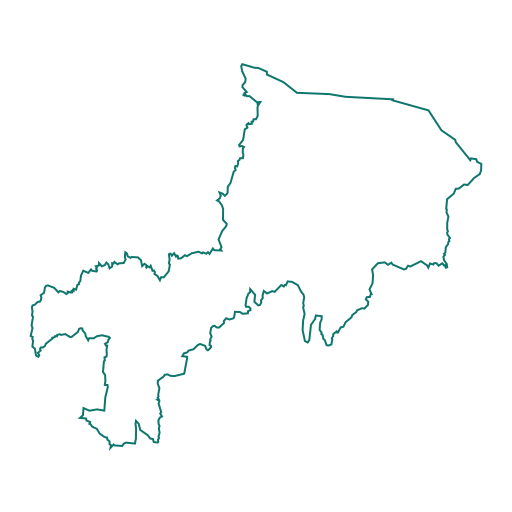 outline of Teúl de González Ortega, Zacatecas, Mexico
{"feature_id": "50627088B73152877685889", "entity_name": "Teúl de González Ortega", "entity_type": "district", "adm_level": 2, "iso_a3": "MEX", "parent_name": "Mexico", "parent_adm1": "Zacatecas", "projection": "equal_earth", "projection_center": [-103.508, 21.35], "detail": "fine", "context": "isolated", "style": "outline", "palette": "teal", "viewbox_px": 512, "rotation_deg": 0, "n_neighbors": 0, "source": "geoboundaries", "source_scale": "gbopen_adm2", "svg_char_len": 6006}
<svg xmlns="http://www.w3.org/2000/svg" viewBox="0 0 512 512"><path d="M114.5,445.4L122.1,446.0L123.8,443.7L126.1,442.6L134.9,443.6L135.9,438.9L136.1,428.7L135.5,424.0L136.0,420.9L138.7,423.8L140.3,430.0L147.6,435.1L150.3,438.6L152.9,439.0L153.8,442.1L157.7,442.5L158.3,441.7L157.9,439.8L159.1,438.1L158.5,436.5L159.6,432.8L158.9,428.6L159.5,425.9L158.6,423.9L158.4,420.3L159.8,417.7L162.0,416.4L160.2,413.6L161.2,412.2L158.6,403.5L159.4,401.0L157.4,399.7L158.7,399.2L157.6,397.7L158.5,396.5L158.2,394.8L159.4,388.2L157.8,383.8L157.8,380.7L163.6,376.6L164.7,374.8L167.6,374.4L170.4,375.8L174.4,376.1L184.2,373.7L187.2,357.8L187.1,356.8L182.3,356.2L184.0,353.3L187.1,352.5L188.6,350.6L193.4,349.3L197.7,345.1L200.1,344.0L205.2,345.9L206.5,349.3L207.8,350.3L208.7,349.8L211.1,347.1L210.9,345.7L209.6,345.2L209.9,341.4L210.6,340.7L210.2,339.4L211.6,336.5L210.2,333.1L211.1,328.0L212.7,326.3L214.5,325.8L216.7,327.4L219.0,327.6L224.0,323.0L223.8,321.1L226.1,318.3L229.4,319.5L233.2,318.4L234.1,317.3L235.0,311.8L239.9,312.0L242.8,313.8L247.9,313.3L248.1,311.1L250.4,310.2L250.4,308.4L248.8,306.8L245.9,306.7L245.6,305.1L246.5,298.5L248.4,293.6L250.0,292.4L250.2,289.1L255.1,294.8L254.4,301.8L258.3,305.4L259.9,305.0L261.3,302.5L261.0,300.3L262.8,298.0L262.5,295.8L263.8,291.0L267.1,293.5L272.2,291.1L274.6,291.9L281.3,285.0L283.8,286.5L284.6,285.0L285.9,285.3L287.7,281.4L292.1,281.9L297.9,285.2L301.1,291.7L303.5,294.6L304.2,297.2L303.2,303.1L303.8,305.9L303.1,307.4L304.6,313.8L303.1,320.7L302.6,330.1L304.9,341.0L307.7,342.5L309.3,340.0L311.0,324.8L314.9,319.3L315.9,315.5L321.7,316.2L321.6,319.6L320.2,322.5L319.6,329.9L321.5,332.4L321.4,334.2L322.5,334.6L323.3,338.8L324.8,340.1L326.6,345.2L328.7,345.5L331.4,344.4L332.3,339.3L331.8,338.4L333.2,336.0L333.2,334.2L336.6,331.4L337.2,332.6L338.0,332.5L340.6,327.4L343.4,326.7L345.7,322.1L351.2,317.6L352.5,314.8L356.3,312.1L357.0,310.4L361.9,308.2L364.3,308.6L368.0,304.9L368.2,301.7L365.8,299.2L366.9,297.1L370.0,296.9L370.7,294.2L371.5,294.1L369.5,289.4L372.5,283.4L373.1,275.3L372.1,269.4L377.9,263.2L384.8,262.4L388.0,264.8L391.3,262.7L392.7,264.6L403.9,269.4L405.9,268.9L408.1,265.7L410.3,266.5L421.0,261.2L427.0,265.3L428.3,267.6L430.0,263.5L433.4,264.5L434.1,263.2L435.4,263.1L436.7,263.4L438.6,265.7L442.3,263.3L444.0,265.5L445.0,265.2L445.8,267.7L447.2,267.3L446.7,263.9L444.2,260.5L443.4,256.6L445.0,254.9L444.1,253.8L445.3,252.6L445.8,247.3L448.1,244.0L448.5,241.7L449.4,241.0L448.9,239.2L450.0,238.0L447.5,234.7L447.1,232.8L447.9,231.2L447.2,229.5L447.2,222.9L448.4,216.6L446.5,212.3L446.8,209.4L446.2,208.8L447.1,199.2L453.7,193.7L455.8,188.8L458.9,188.5L464.1,184.5L467.7,185.0L474.0,178.1L479.8,174.0L481.1,170.4L481.3,163.9L477.1,161.8L476.3,159.2L471.0,158.4L470.3,160.2L455.7,142.1L455.3,139.9L441.5,130.4L428.5,110.4L392.5,100.3L392.9,99.3L345.6,96.8L329.3,94.1L296.9,92.8L283.4,82.1L267.0,74.6L266.8,71.7L258.1,67.9L254.7,67.8L242.3,64.2L241.2,66.1L242.2,71.3L245.7,78.8L245.2,82.1L242.6,85.0L242.4,87.1L246.7,92.0L244.5,93.0L243.5,95.1L244.8,95.7L245.5,94.7L247.0,96.2L249.5,96.1L256.9,102.2L260.3,102.0L259.1,103.9L258.6,103.0L257.5,103.5L258.0,105.6L257.5,107.2L257.7,115.9L255.9,119.3L253.6,119.2L253.1,121.6L251.6,121.7L251.8,123.8L248.6,124.2L248.4,123.2L247.1,124.1L246.4,125.1L247.4,127.7L244.8,129.3L243.1,139.9L239.1,145.0L239.6,146.4L242.1,146.0L244.0,147.0L242.9,148.4L242.7,152.5L243.4,154.7L242.9,158.2L240.1,158.2L239.4,160.0L237.9,161.1L238.2,163.2L237.2,166.4L235.4,166.1L234.9,167.8L235.6,169.9L233.7,171.8L230.5,182.9L227.8,186.7L227.6,192.6L226.8,194.0L224.8,195.8L222.8,193.7L219.5,192.5L220.8,195.8L219.7,198.4L217.1,200.4L219.2,201.5L221.9,205.3L223.1,208.9L223.0,219.8L226.8,224.0L226.1,226.3L222.1,231.2L218.6,239.4L221.5,247.2L220.3,249.1L221.4,250.5L214.2,250.2L212.9,248.5L209.5,253.9L207.9,252.2L206.1,253.7L203.1,252.4L202.0,253.4L198.6,251.7L191.7,253.3L186.9,256.2L184.9,255.2L181.2,258.2L178.8,258.6L178.2,258.6L177.9,256.1L176.9,255.5L176.0,256.6L174.1,253.2L171.9,255.7L170.6,253.7L169.6,253.7L168.9,254.4L169.6,259.6L168.9,263.5L169.9,264.6L168.7,271.3L163.8,277.3L161.1,277.2L159.9,280.2L157.5,276.0L154.5,274.0L154.9,272.1L153.9,270.5L152.5,270.8L150.7,265.8L149.7,267.4L147.8,266.2L146.5,267.7L146.1,267.2L147.0,265.7L144.5,263.8L142.2,266.1L140.9,260.1L137.9,257.4L131.7,257.0L130.5,257.8L127.7,256.3L126.9,253.5L125.3,252.3L124.8,257.2L125.6,259.4L123.7,263.0L118.9,263.4L117.6,264.3L114.4,261.9L113.5,263.6L112.2,263.2L112.2,266.5L109.6,268.3L108.3,264.4L106.3,262.6L104.9,265.0L101.8,266.3L99.0,263.1L98.9,265.5L95.8,266.3L96.8,267.8L96.1,268.8L97.1,270.5L96.6,271.5L92.3,270.9L91.0,269.4L88.3,272.9L83.3,270.7L81.0,275.5L80.3,281.0L79.0,282.6L78.9,284.3L77.4,284.8L76.1,289.6L73.7,288.8L73.6,290.8L72.7,290.3L72.3,292.0L71.4,291.3L70.9,292.6L67.7,291.6L67.7,293.2L66.3,294.0L63.5,292.0L59.8,291.0L58.4,292.4L54.2,287.8L47.8,285.4L46.1,285.9L44.9,287.5L44.1,292.7L40.6,295.3L41.4,297.4L40.8,300.3L39.8,301.7L37.7,301.9L34.8,304.7L32.6,305.4L31.9,307.1L32.5,311.8L32.0,315.4L33.0,316.8L31.6,325.2L32.5,328.0L30.7,336.0L32.7,337.0L32.3,339.0L33.1,340.6L32.4,346.6L34.9,348.7L36.0,355.4L38.3,356.8L39.3,355.3L37.9,352.9L40.7,350.5L40.0,348.9L40.9,347.4L42.9,347.5L45.0,345.9L45.8,343.8L52.6,338.4L52.4,337.7L54.7,337.2L55.1,336.1L56.9,336.3L57.1,335.0L59.7,334.2L61.0,334.9L65.3,334.1L70.3,337.2L71.9,336.7L77.9,331.9L79.1,328.9L80.6,328.2L82.3,328.5L82.5,330.2L85.2,333.5L85.8,336.3L88.2,340.3L89.2,338.2L93.6,338.3L97.2,336.1L102.1,335.3L108.9,336.9L109.9,338.0L108.4,339.7L107.8,342.1L105.0,343.8L106.0,345.6L107.2,345.6L106.5,349.8L106.8,353.9L106.5,356.6L104.5,357.3L104.8,360.4L103.9,361.4L103.0,372.1L105.1,374.9L105.4,381.0L104.8,384.9L107.5,385.0L107.8,387.0L105.3,397.4L104.3,410.6L96.9,409.4L89.5,410.7L83.5,408.1L82.9,415.3L80.0,417.9L86.0,418.5L86.5,420.5L90.1,422.0L89.4,423.8L90.4,424.0L92.2,426.7L96.8,428.8L99.7,433.6L104.5,437.0L107.1,437.6L107.3,439.6L109.5,441.3L109.5,444.1L111.0,445.2L110.5,447.8L113.6,444.5L114.5,445.4Z" fill="none" stroke="#0f766e" stroke-width="2"/></svg>